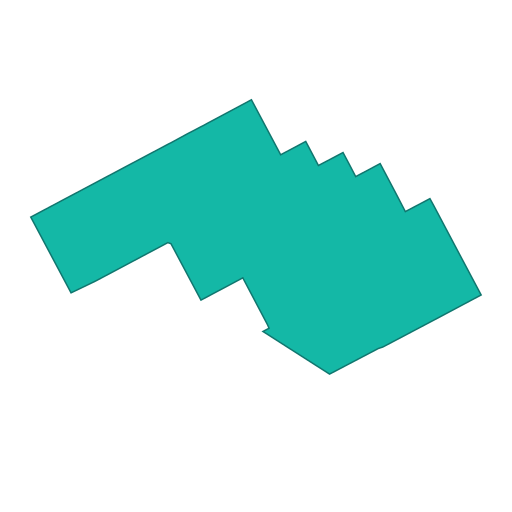 Quay, New Mexico, United States of America, rotated 242°
{"feature_id": "52423323B94362729193346", "entity_name": "Quay", "entity_type": "district", "adm_level": 2, "iso_a3": "USA", "parent_name": "United States of America", "parent_adm1": "New Mexico", "projection": "natural_earth1", "projection_center": [-103.459, 35.172], "detail": "fine", "context": "isolated", "style": "filled", "palette": "teal", "viewbox_px": 512, "rotation_deg": 242, "n_neighbors": 0, "source": "geoboundaries", "source_scale": "gbopen_adm2", "svg_char_len": 709}
<svg xmlns="http://www.w3.org/2000/svg" viewBox="0 0 512 512"><g transform="rotate(242 256 256)"><path d="M162.4,436.5L216.7,436.6L225.0,436.5L225.1,408.7L243.3,408.9L279.3,409.0L279.3,381.3L292.9,381.4L306.5,381.4L306.6,353.6L333.8,353.7L333.8,325.3L396.1,325.3L396.0,275.8L395.9,270.9L396.0,267.6L396.0,265.3L396.0,264.7L396.0,260.0L396.1,253.9L396.1,252.8L396.1,252.6L396.1,252.4L396.0,243.3L395.9,233.9L396.0,231.1L396.1,112.6L396.1,75.4L310.3,75.4L309.2,103.0L309.2,153.3L309.2,184.4L306.8,186.7L242.9,186.7L242.9,234.1L189.9,233.9L186.1,233.6L186.1,226.7L117.2,265.5L117.1,284.2L116.9,320.6L116.1,325.2L115.9,381.0L115.9,436.5L162.4,436.5Z" fill="#14b8a6" stroke="#0f766e" stroke-width="1.5"/></g></svg>